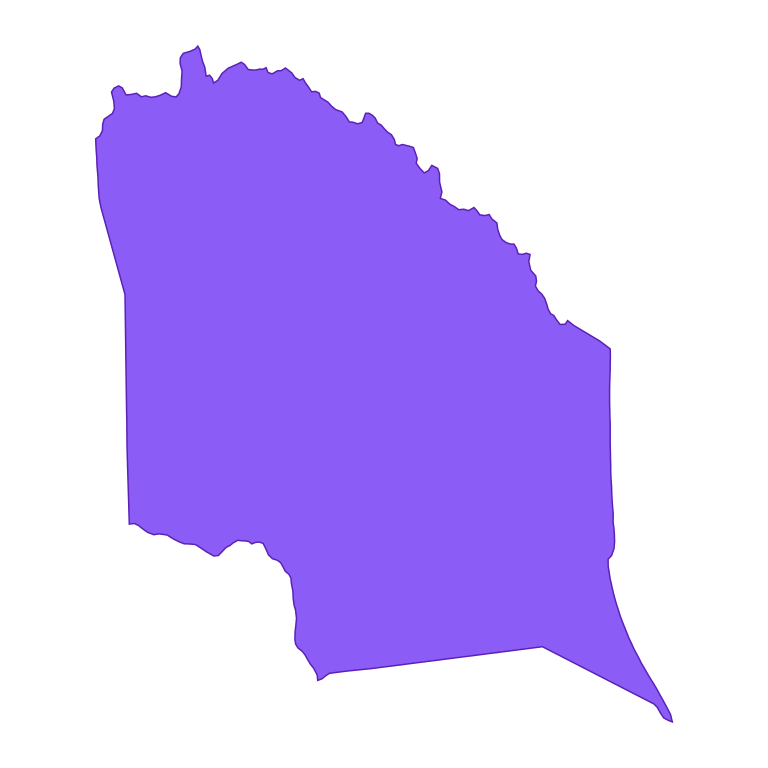 outline of Alcobaça, Bahia, Brazil
{"feature_id": "56859067B73334653800996", "entity_name": "Alcobaça", "entity_type": "district", "adm_level": 2, "iso_a3": "BRA", "parent_name": "Brazil", "parent_adm1": "Bahia", "projection": "equal_earth", "projection_center": [-39.394, -17.469], "detail": "fine", "context": "isolated", "style": "filled", "palette": "violet", "viewbox_px": 768, "rotation_deg": 0, "n_neighbors": 0, "source": "geoboundaries", "source_scale": "gbopen_adm2", "svg_char_len": 3635}
<svg xmlns="http://www.w3.org/2000/svg" viewBox="0 0 768 768"><path d="M610.2,348.9L600.0,341.2L573.8,325.5L567.6,320.6L565.2,324.2L560.1,324.5L556.1,319.2L553.9,315.6L550.6,313.7L548.2,309.3L546.6,303.8L544.6,298.2L541.7,294.0L538.1,290.8L535.4,286.1L536.5,281.2L535.8,276.1L530.7,270.2L528.8,261.6L530.1,254.5L526.3,253.2L522.3,254.4L518.2,253.9L516.4,248.1L514.0,244.1L510.5,244.1L505.8,242.4L501.8,239.3L499.7,235.2L497.8,229.6L496.9,223.0L491.7,218.8L489.2,214.5L485.0,215.6L479.8,214.8L477.0,210.9L474.0,207.5L468.5,210.6L463.8,209.2L458.8,209.7L453.8,206.2L450.2,204.5L445.5,200.1L440.3,198.4L441.9,191.9L439.6,182.2L439.5,173.8L437.7,168.4L431.8,165.4L428.4,170.6L424.2,172.9L420.1,168.6L416.2,163.2L417.2,158.5L415.2,152.4L413.4,147.5L409.4,146.2L402.4,144.5L398.9,145.7L395.5,144.5L394.3,139.4L391.4,134.7L387.6,132.2L384.5,129.0L381.2,125.1L377.5,122.9L375.2,118.1L372.4,115.3L369.1,113.3L365.6,113.3L363.8,118.4L362.2,122.4L357.8,123.8L352.8,122.2L349.3,121.9L346.1,116.7L342.2,112.0L335.7,109.6L331.6,106.2L328.0,102.2L324.0,99.7L320.5,97.5L319.2,93.1L315.7,91.4L311.5,91.7L308.3,86.7L305.4,82.8L303.1,78.7L299.6,80.3L294.8,77.4L291.9,73.0L285.5,68.0L281.1,70.7L277.5,70.8L272.1,73.9L267.9,72.4L266.1,67.7L262.9,69.3L259.5,69.1L256.0,70.0L252.4,70.0L248.2,69.5L244.5,64.4L241.2,62.2L236.8,64.4L228.2,68.2L222.0,73.5L217.8,80.3L213.6,83.0L212.3,78.6L209.6,75.2L206.2,76.2L204.8,67.3L202.4,60.8L201.1,55.5L199.8,49.6L197.8,46.1L195.1,49.1L190.0,51.4L183.3,53.3L180.3,57.8L180.1,63.6L182.1,71.2L181.5,79.0L181.3,86.7L179.0,93.6L176.2,96.9L171.6,96.3L165.6,92.7L160.1,95.3L155.4,96.8L150.8,97.3L145.7,95.8L141.4,96.8L136.6,93.3L131.6,94.4L126.1,94.9L122.2,87.8L118.6,85.9L114.0,88.2L111.5,92.1L113.8,101.3L114.4,108.7L112.5,113.4L107.8,116.7L104.1,119.2L102.7,124.1L102.4,130.7L99.8,135.9L95.7,138.8L95.9,144.5L96.2,150.4L96.8,158.8L97.0,165.7L97.5,171.6L98.0,177.3L98.1,181.9L98.3,186.4L98.8,193.0L99.2,198.6L100.9,207.3L125.0,294.5L126.6,412.1L126.8,418.9L127.0,443.2L127.2,453.4L129.3,524.1L134.4,523.5L138.7,525.6L142.2,528.5L147.5,532.3L153.8,534.7L158.8,533.9L163.2,534.4L167.4,535.1L170.9,537.4L174.0,539.3L179.1,541.8L184.2,543.8L188.1,543.9L195.4,544.5L200.4,547.7L206.9,552.1L213.9,556.0L218.4,555.5L221.9,551.9L226.1,547.4L229.9,545.5L233.3,542.8L237.8,540.3L241.8,540.8L245.3,540.9L248.8,541.5L251.7,543.9L255.2,542.5L258.7,542.0L263.1,543.3L266.0,549.2L268.5,554.9L272.4,558.7L277.2,560.2L280.6,562.6L283.2,567.1L285.2,571.2L288.9,574.3L290.9,577.9L291.4,583.3L292.9,591.4L293.2,598.5L294.1,605.1L295.6,610.4L296.5,618.4L295.9,625.0L295.1,631.6L294.9,639.1L295.6,644.0L297.9,647.9L302.0,651.1L304.8,654.5L307.3,659.0L310.4,664.2L313.7,668.3L317.2,675.0L317.7,680.4L321.8,678.9L325.8,675.7L329.5,673.3L346.6,671.1L371.2,668.6L515.2,650.2L542.4,646.7L654.0,704.0L657.3,707.4L660.3,712.8L663.7,717.9L668.4,720.4L672.3,721.9L670.6,714.7L666.9,707.5L663.5,701.2L659.8,694.6L656.9,689.2L653.9,684.1L650.7,679.1L647.2,673.2L644.0,667.6L641.3,663.1L638.8,658.0L635.9,652.6L633.9,648.9L631.3,643.0L628.8,637.9L626.4,631.7L623.7,625.1L621.8,620.2L620.0,615.3L618.5,610.4L617.1,606.2L615.8,602.0L614.6,597.6L613.2,592.2L612.1,587.7L611.2,583.3L610.1,578.6L609.2,572.6L608.2,566.3L608.1,559.3L611.6,555.5L614.0,548.6L614.6,541.7L614.4,534.7L613.9,528.0L613.1,522.1L613.2,513.8L612.5,505.6L612.0,498.6L611.7,492.1L611.6,487.0L611.0,478.8L610.7,470.8L610.7,465.4L610.5,457.5L610.4,451.3L610.2,444.0L610.2,439.1L610.2,432.0L610.2,423.4L609.9,417.0L609.8,410.7L609.6,403.5L609.6,396.1L609.6,389.4L609.7,383.2L610.0,374.7L610.2,369.0L610.2,364.1L610.4,357.2L610.2,348.9Z" fill="#8b5cf6" stroke="#5b21b6" stroke-width="1.5"/></svg>